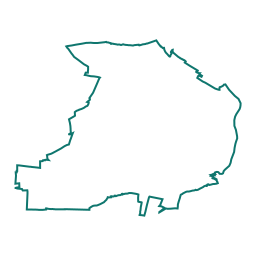 outline of Breasta, Dolj, Romania
{"feature_id": "2599482B32619103833819", "entity_name": "Breasta", "entity_type": "district", "adm_level": 2, "iso_a3": "ROU", "parent_name": "Romania", "parent_adm1": "Dolj", "projection": "robinson", "projection_center": [23.666, 44.346], "detail": "fine", "context": "isolated", "style": "outline", "palette": "teal", "viewbox_px": 256, "rotation_deg": 0, "n_neighbors": 0, "source": "geoboundaries", "source_scale": "gbopen_adm2", "svg_char_len": 5631}
<svg xmlns="http://www.w3.org/2000/svg" viewBox="0 0 256 256"><path d="M229.1,89.8L225.4,84.4L223.8,84.7L223.7,85.0L223.1,85.7L221.1,86.8L220.2,87.0L219.7,87.2L219.5,87.7L219.5,89.2L219.5,89.8L218.5,89.7L215.2,88.6L205.3,82.7L202.7,81.5L197.3,77.9L198.1,76.1L198.7,75.5L201.5,76.8L202.0,75.8L199.5,74.2L199.5,73.4L199.7,73.2L198.7,73.1L197.0,72.5L196.2,71.9L196.3,71.7L196.8,71.3L197.4,71.1L197.7,70.9L197.8,70.6L189.8,65.8L184.8,62.6L185.7,61.4L184.4,60.2L184.2,60.1L183.7,60.1L183.1,59.7L182.8,59.4L182.4,59.4L181.9,59.1L181.8,58.9L180.5,58.4L180.1,58.2L179.9,57.8L179.5,57.6L178.4,57.0L173.3,52.7L173.1,52.3L172.7,52.3L172.6,52.1L172.5,51.1L172.7,49.8L172.3,49.9L171.0,51.7L170.9,52.0L170.9,52.3L171.7,53.2L170.9,54.6L170.0,55.9L170.2,56.3L169.9,56.6L169.5,56.5L168.9,56.0L167.4,54.2L166.1,52.9L165.3,51.8L164.9,51.0L164.4,49.9L164.0,47.8L163.8,47.8L163.4,48.1L163.1,48.2L162.7,48.0L160.7,46.1L160.5,46.3L158.5,43.7L156.3,40.4L147.4,43.5L146.3,43.6L145.5,44.0L142.5,44.4L142.1,44.6L139.7,45.3L139.6,45.2L139.1,45.3L138.9,45.2L138.7,44.7L134.7,45.1L134.1,45.2L133.2,45.5L132.7,45.5L130.0,45.2L128.4,45.2L127.4,45.0L125.7,44.9L125.3,44.8L124.0,44.6L123.2,44.3L122.8,44.4L121.2,45.0L120.9,45.0L119.8,44.6L119.4,44.5L117.3,44.6L116.8,44.4L114.3,44.0L113.5,43.9L113.0,43.7L111.8,43.7L111.1,43.9L110.9,43.8L110.9,43.2L110.7,43.1L109.2,42.8L108.6,42.5L106.6,42.3L106.2,41.9L104.7,42.2L97.5,43.0L93.8,43.0L90.5,42.7L89.2,42.8L86.1,42.9L81.9,43.7L75.7,44.7L71.6,45.5L70.1,45.7L67.3,46.1L66.3,46.4L67.3,47.9L68.2,48.7L71.6,53.6L72.4,54.5L74.1,56.9L78.5,60.1L84.0,64.3L86.8,65.8L88.1,66.7L88.1,69.6L87.9,71.0L87.9,72.7L85.7,72.7L84.8,75.0L86.4,75.2L89.3,75.9L90.8,76.2L94.0,76.4L97.3,76.9L99.1,77.3L99.9,77.6L99.4,78.2L98.6,79.9L97.3,83.0L93.1,92.7L89.4,98.1L89.9,98.9L89.9,99.7L87.2,102.0L88.7,102.5L88.5,103.7L88.1,104.6L87.5,105.7L86.9,106.1L86.0,106.4L85.3,106.8L84.6,107.4L83.6,108.0L81.4,109.0L79.1,109.7L78.8,110.0L76.8,110.7L75.4,111.6L74.8,112.1L74.8,112.8L75.0,115.7L74.8,115.9L69.0,119.3L69.9,122.9L70.4,126.0L70.6,128.9L70.6,130.2L70.8,132.1L70.8,132.8L70.5,133.1L70.5,133.7L69.4,133.9L69.1,134.1L69.1,134.3L69.6,134.4L70.1,134.4L70.7,134.2L72.8,133.1L72.2,134.7L70.9,138.5L70.2,140.2L68.9,144.5L66.9,145.0L64.5,146.2L61.0,148.5L52.3,153.2L51.0,153.8L47.9,154.7L47.3,154.9L46.9,155.1L47.1,155.8L47.4,158.7L47.5,158.9L48.5,160.0L47.0,159.8L45.5,159.8L45.0,159.9L44.9,160.3L43.1,160.2L42.7,161.1L40.1,161.3L40.1,167.9L37.7,167.6L34.2,167.2L31.9,167.0L31.0,166.8L29.4,166.7L19.1,165.4L17.2,165.3L17.2,170.9L16.7,170.9L16.7,172.3L15.7,172.3L16.0,175.7L15.4,183.7L19.2,183.3L19.4,187.1L16.2,187.7L15.6,187.9L15.6,188.0L16.0,188.0L17.2,188.5L21.7,189.0L22.1,189.1L22.4,190.0L22.8,190.5L27.3,190.3L27.5,191.4L27.5,193.4L26.8,209.5L35.4,209.6L37.3,209.7L39.4,209.9L42.5,209.9L46.1,209.5L46.1,208.4L46.7,208.4L46.9,208.4L47.2,208.7L48.1,208.8L49.9,209.0L51.3,209.1L52.7,209.0L53.7,209.2L54.5,209.2L55.2,209.3L64.8,209.3L64.8,209.2L66.5,209.2L89.4,209.8L89.4,208.2L90.7,207.2L91.1,207.0L91.7,206.6L92.2,206.3L93.0,205.9L94.2,205.6L96.6,205.5L97.4,205.3L100.1,204.2L104.0,202.2L104.9,201.2L106.4,199.8L106.8,199.0L107.4,198.3L107.6,197.9L107.6,197.5L107.7,197.2L108.9,197.4L111.0,197.3L110.9,196.4L111.0,196.4L111.8,196.2L112.1,196.3L112.4,196.5L113.3,196.5L114.3,196.2L114.5,196.0L114.6,195.7L114.9,195.7L114.9,195.9L115.2,196.1L116.1,196.1L116.6,195.9L117.0,195.7L118.5,195.2L120.3,195.1L121.9,194.4L121.9,193.9L122.1,193.8L122.5,193.8L122.8,194.4L123.3,194.1L124.2,194.0L125.1,193.7L127.2,193.6L127.9,193.5L128.8,193.1L129.8,193.0L131.8,193.1L132.9,193.3L135.9,193.8L137.5,194.2L138.4,194.5L138.1,197.7L138.2,201.6L138.6,201.8L141.4,202.3L141.6,202.3L141.7,202.5L141.3,204.6L140.8,207.0L140.5,210.2L140.2,211.4L140.2,213.4L139.7,214.4L139.6,215.0L141.9,215.2L144.3,215.6L145.4,211.7L146.9,205.2L149.0,197.3L149.5,196.6L162.5,199.2L161.3,202.3L160.7,203.7L160.5,204.4L160.0,205.3L159.4,205.8L159.2,206.1L161.3,206.3L163.6,207.4L164.3,207.8L163.2,209.0L160.9,210.9L159.6,211.8L159.3,212.1L159.3,212.4L165.7,208.6L166.1,208.5L167.6,208.8L170.5,208.7L175.1,208.3L177.6,208.5L177.8,206.8L177.9,204.4L178.7,201.6L179.8,198.2L180.6,195.2L180.7,194.9L181.0,194.6L181.6,194.3L182.4,194.0L182.8,193.5L185.9,191.9L187.2,191.5L189.0,191.5L190.4,191.2L192.5,190.6L194.3,190.4L194.9,190.2L195.6,189.8L195.9,190.0L196.2,190.1L197.0,190.0L197.9,189.8L199.3,189.0L199.8,188.8L200.1,188.5L201.3,188.0L203.2,187.0L204.2,186.2L204.8,186.0L205.9,185.6L206.5,186.0L206.8,186.0L207.0,185.8L207.1,185.6L207.2,185.4L207.0,185.0L207.1,184.8L207.3,184.6L208.0,184.3L208.5,184.3L208.7,184.5L209.0,184.9L209.3,185.0L211.0,184.6L212.7,184.1L213.3,184.0L214.3,184.0L216.4,183.7L217.0,183.5L217.5,183.3L217.8,183.2L217.4,181.9L217.0,181.5L216.7,180.5L216.6,179.4L216.3,179.3L216.0,178.9L215.2,178.5L215.1,179.3L214.3,178.8L213.7,178.6L212.6,178.3L212.5,178.2L213.3,177.8L213.5,177.6L213.5,177.3L213.1,176.6L212.9,176.3L212.4,176.1L210.5,175.8L210.7,175.3L210.9,175.0L211.1,175.0L212.1,175.4L213.1,175.4L213.0,175.2L211.6,174.9L211.4,174.8L211.9,174.7L212.2,174.5L212.5,174.3L213.1,174.5L214.0,175.0L214.5,175.1L214.4,174.9L213.3,174.4L213.1,174.3L213.1,174.1L213.4,174.0L214.2,174.4L215.3,174.2L215.1,173.9L214.5,173.7L214.8,172.6L215.1,172.4L216.7,171.9L217.8,172.0L218.4,172.2L218.7,172.5L219.3,173.4L219.7,173.8L222.8,173.9L222.8,174.0L223.7,171.1L224.8,169.8L229.3,165.8L230.6,162.8L231.3,159.3L234.1,152.0L234.6,147.8L235.4,143.9L236.0,141.8L237.2,138.4L237.1,136.2L235.9,129.8L234.4,125.9L234.3,120.2L235.1,116.7L236.3,114.2L239.6,109.1L240.2,107.3L240.5,105.5L240.6,103.2L238.5,98.9L234.8,95.9L229.1,89.8Z" fill="none" stroke="#0f766e" stroke-width="2"/></svg>